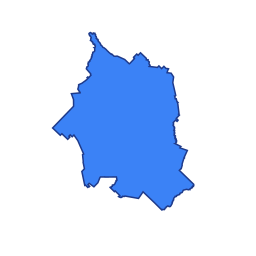 the district of Coonamble, New South Wales, Australia, rotated 216°
{"feature_id": "25037944B2591711256956", "entity_name": "Coonamble", "entity_type": "district", "adm_level": 2, "iso_a3": "AUS", "parent_name": "Australia", "parent_adm1": "New South Wales", "projection": "mercator", "projection_center": [148.081, -30.867], "detail": "fine", "context": "isolated", "style": "filled", "palette": "blue", "viewbox_px": 256, "rotation_deg": 216, "n_neighbors": 0, "source": "geoboundaries", "source_scale": "gbopen_adm2", "svg_char_len": 5629}
<svg xmlns="http://www.w3.org/2000/svg" viewBox="0 0 256 256"><g transform="rotate(216 128 128)"><path d="M52.9,81.6L52.8,81.9L52.5,81.7L52.4,81.9L52.1,82.0L51.8,82.4L51.7,82.7L50.6,83.4L50.7,83.8L50.6,84.3L50.8,84.6L50.8,85.1L50.5,85.5L50.5,86.0L50.7,86.9L50.6,87.1L50.3,87.2L50.1,88.2L49.3,88.6L48.9,88.5L48.6,88.8L48.3,88.7L47.6,89.4L47.6,90.5L47.8,91.9L47.8,92.5L48.1,93.2L48.4,93.4L48.4,93.7L48.3,93.8L48.4,94.1L48.7,94.3L48.8,94.7L48.6,94.8L48.6,95.0L48.9,95.6L48.8,96.7L49.2,96.8L49.7,98.1L49.5,99.7L49.6,100.3L49.4,100.3L49.3,100.6L48.9,100.7L48.7,101.1L48.8,101.5L48.7,101.5L48.7,102.4L47.1,104.6L47.6,105.6L46.3,107.7L46.7,110.2L44.6,112.8L43.7,113.1L43.4,113.4L42.8,113.5L42.4,114.0L42.2,114.2L41.8,114.5L42.0,114.6L41.9,114.8L42.1,115.3L41.9,115.6L41.5,116.1L41.6,116.4L41.5,117.0L41.4,116.9L41.0,117.2L41.0,117.5L40.9,117.7L41.0,117.8L41.1,118.1L41.1,118.4L41.2,118.5L41.2,118.8L41.3,118.8L41.2,119.0L41.3,119.3L41.0,119.4L41.1,119.5L40.9,119.6L41.0,120.1L41.1,120.3L41.3,120.3L41.3,120.5L41.5,120.5L41.9,121.1L61.6,123.9L61.3,126.1L61.0,126.3L62.2,129.6L63.0,130.6L63.4,131.7L64.8,135.8L64.7,136.9L65.2,136.9L66.8,144.7L74.2,142.5L74.1,142.9L74.4,143.2L74.5,143.7L74.7,143.9L74.6,144.1L80.5,143.1L80.3,143.3L80.5,144.3L80.5,144.5L80.6,144.4L80.9,144.5L81.0,144.7L80.7,144.9L80.9,145.3L81.2,145.6L81.2,146.2L81.7,146.2L81.9,146.8L82.2,147.0L82.5,146.8L82.5,147.1L82.9,147.2L83.1,147.7L83.7,147.6L83.9,147.2L84.1,147.3L84.4,147.8L84.2,148.0L84.4,148.6L84.8,148.5L85.1,149.0L85.4,149.0L85.4,149.3L85.7,149.1L86.1,149.2L86.2,149.5L86.5,149.5L86.5,149.8L86.8,150.0L86.8,150.3L87.3,150.7L87.2,151.1L87.4,151.1L87.5,151.3L87.8,151.5L87.7,151.9L87.9,152.0L88.2,152.1L88.4,152.2L88.6,152.7L88.6,153.0L88.8,153.2L88.9,153.5L89.0,153.5L89.3,153.3L89.4,153.5L89.6,153.4L89.6,153.7L89.7,154.2L90.1,154.4L90.0,154.8L90.2,155.4L90.9,156.0L91.1,155.8L91.3,156.1L92.0,156.1L92.4,156.6L93.0,156.6L93.2,156.9L93.1,157.4L93.2,157.6L93.6,157.8L93.8,158.1L93.9,158.6L94.6,159.0L94.1,162.4L92.2,162.2L92.0,163.4L92.7,163.5L92.6,163.9L94.6,164.2L94.0,168.7L95.3,168.9L95.2,169.6L101.6,176.5L102.7,177.5L102.6,178.0L103.3,177.9L103.5,178.2L103.9,178.1L106.2,180.0L106.9,179.4L109.0,181.2L108.6,181.4L108.5,182.4L118.4,191.0L121.1,196.1L125.3,197.7L128.9,195.7L129.5,197.3L129.9,198.7L129.9,199.7L130.2,199.7L132.3,198.5L135.2,199.0L135.7,195.8L139.5,196.4L139.8,194.3L147.0,190.3L146.9,191.4L147.0,191.7L147.4,191.9L148.2,192.0L148.9,192.5L149.5,193.9L149.8,194.0L150.2,194.0L151.5,194.3L151.9,195.0L153.2,193.9L154.1,195.1L162.1,196.2L162.6,192.8L164.4,193.0L165.0,189.1L164.7,189.1L164.8,188.1L163.6,187.9L164.4,181.8L164.6,180.8L165.0,180.7L170.9,181.5L178.8,179.9L179.9,179.1L180.3,178.6L181.6,177.9L184.6,178.3L184.7,177.8L184.9,177.8L188.3,178.0L188.9,178.2L189.7,178.2L192.1,178.7L194.6,178.8L195.8,178.5L197.3,179.1L198.0,179.2L198.7,179.1L198.9,179.4L199.5,179.6L199.6,179.8L200.3,180.1L200.6,180.1L201.0,180.5L202.0,180.6L202.8,180.5L203.2,180.9L203.3,181.1L204.0,181.4L204.0,181.7L204.6,181.6L204.9,182.0L205.6,181.7L206.1,182.1L206.5,182.0L206.6,182.6L207.5,183.3L208.0,183.2L208.7,183.7L208.7,183.9L209.1,184.5L210.0,184.6L210.2,185.0L210.5,185.2L211.1,184.8L211.6,184.6L211.3,184.4L211.3,184.0L211.6,183.9L212.1,183.0L213.6,183.3L214.2,183.1L214.6,183.1L214.8,182.7L214.8,182.3L215.1,181.7L215.0,181.3L214.5,181.0L214.4,180.8L213.7,180.4L213.6,180.5L213.2,180.5L212.6,180.0L212.2,180.1L211.9,179.8L211.1,179.7L210.7,179.3L210.7,178.6L210.5,178.1L210.0,177.5L209.8,176.7L208.6,177.0L208.3,176.7L207.7,176.8L207.4,176.5L207.0,176.7L206.7,176.4L206.3,176.2L206.2,175.9L205.3,175.4L204.5,175.7L204.3,176.2L204.0,176.1L203.5,175.4L202.5,175.1L202.4,174.7L202.1,174.2L202.1,173.9L202.3,173.8L202.3,173.4L202.6,173.1L201.8,173.0L201.6,172.8L201.5,172.5L201.2,172.2L201.0,171.8L200.2,170.8L200.4,169.4L201.0,168.6L200.9,168.3L200.4,167.7L200.2,167.0L200.3,166.7L200.1,166.3L200.2,166.1L199.9,165.6L199.5,165.5L199.4,165.2L199.4,164.7L199.0,164.2L199.3,163.8L199.0,163.5L198.9,163.4L198.8,163.1L198.6,162.8L198.7,162.5L198.5,161.9L198.5,160.8L198.6,160.7L198.5,160.0L198.3,159.8L198.4,159.7L198.2,159.5L198.4,159.2L198.4,158.9L198.5,158.6L198.3,158.4L198.5,158.1L198.7,157.9L198.3,157.5L198.2,157.3L198.4,156.9L198.0,156.2L197.8,156.0L197.4,156.0L197.3,155.6L196.8,155.1L196.7,154.1L197.2,153.2L197.0,152.8L197.0,152.6L196.7,152.2L196.5,151.4L190.0,149.9L189.9,149.8L189.8,149.3L189.0,148.9L189.1,148.4L189.4,145.5L190.5,145.7L190.7,144.6L189.6,144.5L189.7,143.2L191.6,137.1L193.2,134.4L193.1,134.1L193.3,133.9L192.6,133.0L192.6,132.7L192.1,131.9L192.0,131.4L191.7,130.8L191.5,130.0L190.7,129.7L190.3,129.7L189.9,129.2L189.6,129.3L189.2,129.1L187.7,128.7L187.4,128.4L188.0,127.9L187.9,127.8L194.0,122.5L188.8,119.0L184.8,113.6L189.0,83.7L178.5,82.3L178.1,84.5L170.1,83.4L169.7,86.5L171.0,86.7L170.7,88.5L168.0,88.1L167.6,90.5L161.2,88.3L148.6,80.9L149.1,79.7L144.5,74.6L144.3,74.0L139.3,69.4L139.8,65.7L129.4,56.3L129.3,56.8L125.6,56.3L125.4,57.4L124.9,57.4L124.7,58.2L127.1,58.6L126.9,60.4L121.0,60.4L120.2,66.0L121.6,71.5L121.5,72.2L118.2,74.6L118.1,74.8L117.9,74.7L108.6,81.6L106.3,79.4L106.4,78.8L106.7,78.8L106.8,78.5L106.2,77.8L106.2,77.4L106.3,76.7L105.8,75.4L105.8,75.0L105.9,74.7L105.9,74.0L106.1,73.9L106.2,73.4L107.1,72.7L107.0,72.4L106.4,71.6L106.8,71.1L106.7,70.4L107.6,69.8L107.6,69.4L101.6,68.5L101.4,69.5L95.0,68.6L95.3,67.0L94.9,67.1L94.4,67.0L94.0,67.3L93.7,67.3L93.6,67.5L93.3,67.4L93.2,67.6L92.5,68.0L92.5,68.4L92.3,68.5L92.3,68.9L92.1,69.2L92.2,69.6L92.1,69.8L91.0,70.2L90.7,70.5L90.7,70.8L90.4,71.2L80.8,75.9L78.1,77.2L78.3,85.2L62.6,83.1L52.9,81.6Z" fill="#3b82f6" stroke="#1e3a8a" stroke-width="1.5"/></g></svg>